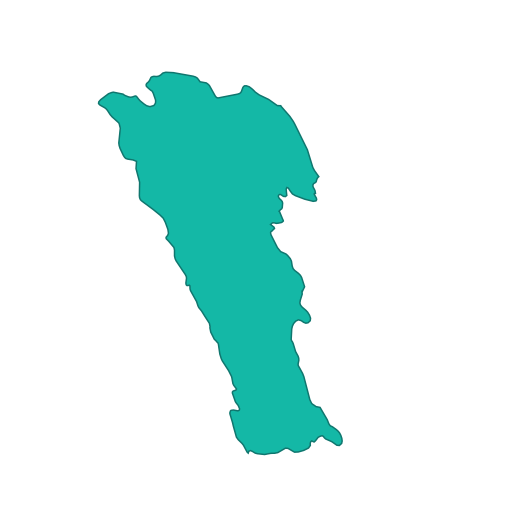 the State of Chin, rotated 157°
{"feature_id": "MMR-3274", "entity_name": "Chin", "entity_type": "State", "adm_level": 1, "iso_a3": "MMR", "parent_name": "Myanmar", "parent_adm1": "", "projection": "mercator", "projection_center": [93.495, 22.37], "detail": "fine", "context": "isolated", "style": "filled", "palette": "teal", "viewbox_px": 512, "rotation_deg": 157, "n_neighbors": 0, "source": "natural_earth", "source_scale": "10m", "svg_char_len": 4502}
<svg xmlns="http://www.w3.org/2000/svg" viewBox="0 0 512 512"><g transform="rotate(157 256 256)"><path d="M174.5,384.7L174.3,383.5L170.3,371.3L169.1,365.3L168.8,362.3L167.2,333.7L169.1,315.4L168.8,311.8L167.2,304.5L168.1,304.2L169.0,303.7L169.7,303.1L170.4,302.4L171.6,300.8L173.0,300.3L174.4,300.2L175.6,299.5L176.4,297.9L176.4,296.2L176.2,294.5L176.2,292.8L176.8,290.4L177.1,290.5L177.7,290.7L178.2,290.4L178.2,289.1L177.8,285.7L178.2,284.1L179.3,283.3L182.0,284.0L189.0,289.3L196.2,296.2L198.2,298.9L199.1,302.4L199.7,305.8L200.8,307.0L202.1,305.8L203.2,302.4L204.0,299.7L205.7,299.2L207.5,300.2L208.9,302.4L209.5,303.1L210.2,303.4L210.9,303.3L211.7,302.9L211.9,302.6L212.1,302.4L212.2,301.5L212.2,300.7L212.0,299.8L211.7,299.0L211.0,297.5L210.6,295.9L210.8,294.3L212.9,290.3L213.9,289.4L215.3,289.1L217.3,288.2L217.0,287.3L217.1,279.1L217.0,278.2L217.2,277.5L218.5,277.0L219.6,276.9L222.5,277.5L224.6,278.1L226.1,279.3L227.8,280.1L230.3,279.3L228.2,275.6L228.2,274.1L228.4,273.9L228.9,274.0L231.3,272.8L232.4,272.7L233.3,272.1L233.8,270.6L233.9,269.4L233.0,255.3L231.6,250.4L227.6,246.1L226.7,244.2L225.5,240.2L225.4,237.4L226.6,232.6L226.8,230.0L226.1,227.7L223.6,223.2L222.7,220.9L222.4,218.4L223.3,208.7L227.0,205.4L227.4,205.6L228.4,202.8L232.4,198.1L234.0,195.6L234.2,193.3L233.5,190.9L231.3,186.5L230.4,184.0L229.9,180.6L230.1,177.4L231.4,175.2L234.2,174.2L236.4,174.7L238.1,176.4L239.6,178.8L241.9,180.7L244.9,180.5L247.8,179.1L249.9,177.2L251.6,174.9L256.2,165.5L256.3,164.0L256.0,162.6L256.0,160.7L256.9,152.5L256.4,147.4L256.6,145.3L257.3,143.3L259.4,140.2L259.8,139.2L259.9,138.1L259.7,136.7L259.0,129.6L259.1,126.2L262.6,102.7L262.4,98.7L261.9,97.5L260.4,95.3L259.7,94.0L256.2,91.6L254.4,77.4L254.5,73.1L254.1,71.1L253.7,70.3L253.0,69.7L252.1,68.5L249.7,64.5L248.8,62.5L248.2,60.4L248.0,57.8L248.2,55.4L248.2,54.8L249.0,52.0L250.4,50.0L253.3,49.0L255.5,50.2L258.6,55.2L259.8,56.6L263.4,60.4L264.1,62.0L264.5,63.6L265.3,64.7L267.4,65.0L269.7,64.8L273.2,62.8L275.0,62.1L275.7,62.5L276.3,63.3L277.0,64.0L278.1,63.7L278.7,63.1L279.3,62.3L279.7,61.3L280.0,60.4L282.7,58.7L288.0,58.4L293.7,59.1L297.2,60.4L301.7,66.4L304.0,67.6L312.8,66.5L316.1,67.2L319.2,68.5L323.1,69.4L325.6,69.9L332.0,73.5L333.8,74.9L335.4,77.2L337.0,79.0L338.9,79.1L340.2,77.6L340.8,78.9L341.5,86.8L342.1,89.0L344.1,93.8L344.8,96.9L343.3,108.4L342.7,111.8L341.7,120.7L341.6,121.0L341.4,121.7L340.9,122.4L340.1,123.3L339.6,123.6L338.6,123.5L336.9,123.0L333.3,120.6L333.2,120.6L332.5,120.5L331.8,120.6L331.5,120.7L330.8,121.8L330.8,125.4L331.6,128.3L331.9,130.0L331.3,139.1L330.8,140.1L329.8,140.6L327.0,140.4L325.9,141.2L327.0,145.5L327.1,147.6L325.8,153.3L325.6,154.6L326.0,161.1L328.0,172.6L328.1,175.0L327.6,179.9L325.1,189.4L325.0,190.9L325.6,192.2L326.1,193.9L326.9,195.6L327.4,203.6L326.5,207.9L325.9,208.9L325.2,212.3L326.6,220.2L327.6,226.7L328.8,230.8L328.9,232.8L328.5,237.3L329.8,249.7L329.6,251.4L328.5,254.3L328.7,255.1L330.2,255.4L331.1,255.8L331.5,256.8L331.1,258.5L328.7,262.6L328.2,264.2L328.3,266.4L331.4,282.6L331.5,285.0L331.0,287.9L328.7,293.3L328.2,295.9L330.7,304.0L331.6,306.3L331.8,306.7L331.8,307.6L331.4,308.4L329.6,309.3L328.5,310.2L327.7,311.2L326.7,314.9L326.3,322.5L326.6,327.0L328.3,331.1L332.6,339.2L337.8,348.0L339.8,351.5L340.4,353.0L340.4,355.1L339.8,357.1L334.3,369.4L332.3,383.3L329.0,389.8L331.7,392.5L336.2,395.3L337.7,396.6L338.4,398.1L338.8,400.4L339.1,408.2L338.8,411.2L338.1,413.7L331.0,426.6L330.2,431.5L330.5,432.6L334.1,440.3L335.0,443.1L335.9,448.2L336.5,450.1L337.4,451.7L340.6,455.8L340.9,456.5L341.2,457.2L341.3,458.1L340.4,459.4L337.9,460.6L328.4,463.0L325.3,462.9L323.4,462.6L315.2,457.0L314.1,455.2L311.3,452.4L309.6,451.2L307.7,450.7L304.6,450.5L303.8,449.9L303.3,448.5L302.9,446.7L302.1,444.3L301.6,443.3L301.3,442.7L299.7,439.7L298.0,437.1L296.3,435.7L295.2,434.9L291.2,434.4L288.9,435.9L288.1,437.3L287.5,438.9L287.0,445.9L287.1,447.4L287.2,448.2L287.5,448.9L288.0,449.5L288.4,450.3L288.7,450.8L290.2,454.0L290.6,455.4L290.2,456.6L289.3,457.5L286.9,458.3L285.4,459.2L282.9,461.4L281.6,461.6L279.8,461.3L277.5,460.1L275.5,459.6L273.2,459.8L270.3,460.8L267.3,460.4L260.5,457.1L243.8,446.2L241.9,444.6L240.8,443.2L240.4,442.3L239.4,438.2L234.2,434.8L233.2,433.3L232.3,431.2L231.0,419.2L230.4,417.3L229.2,416.3L209.8,412.2L207.8,412.0L206.4,412.3L205.2,413.1L202.5,416.0L201.2,416.9L199.9,417.1L198.3,416.4L196.1,414.4L194.6,411.8L193.6,409.7L192.6,407.1L190.0,402.9L183.2,395.2L177.6,386.1L174.5,384.7Z" fill="#14b8a6" stroke="#0f766e" stroke-width="1.5"/></g></svg>